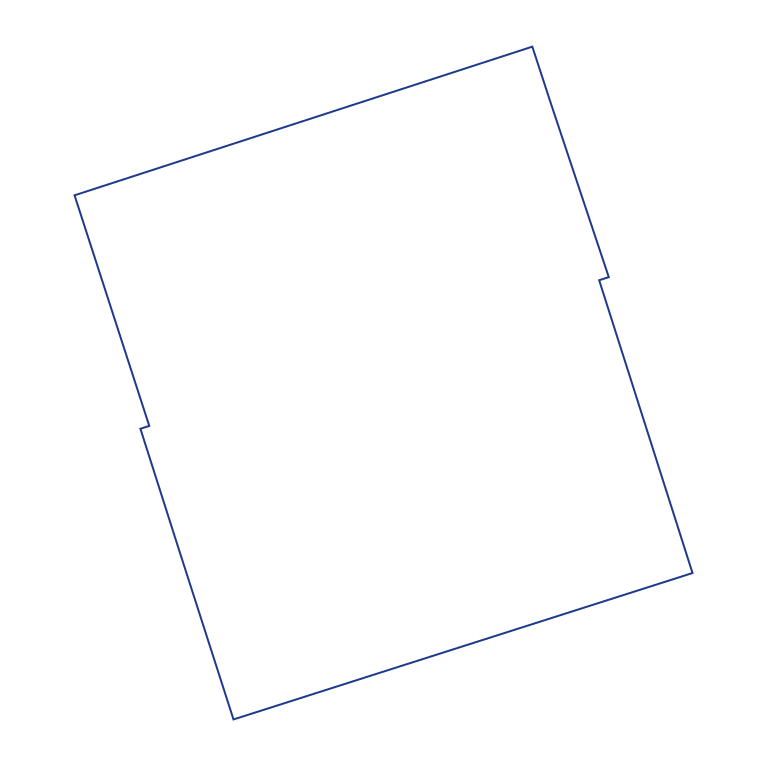 the district of Coffey, Kansas, United States of America, rotated 342°
{"feature_id": "52423323B11370315418509", "entity_name": "Coffey", "entity_type": "district", "adm_level": 2, "iso_a3": "USA", "parent_name": "United States of America", "parent_adm1": "Kansas", "projection": "albers", "projection_center": [-95.754, 38.236], "detail": "fine", "context": "isolated", "style": "outline", "palette": "blue", "viewbox_px": 768, "rotation_deg": 342, "n_neighbors": 0, "source": "geoboundaries", "source_scale": "gbopen_adm2", "svg_char_len": 298}
<svg xmlns="http://www.w3.org/2000/svg" viewBox="0 0 768 768"><g transform="rotate(342 384 384)"><path d="M137.8,474.7L137.2,656.5L619.0,659.1L620.7,351.8L630.8,351.8L629.4,169.7L629.3,109.0L148.0,108.9L147.8,351.3L138.5,351.3L137.8,474.7Z" fill="none" stroke="#1e3a8a" stroke-width="2"/></g></svg>